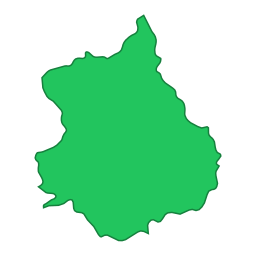 an SVG outline of Eure-et-Loir
{"feature_id": "FRA-5291", "entity_name": "Eure-et-Loir", "entity_type": "Metropolitan department", "adm_level": 1, "iso_a3": "FRA", "parent_name": "France", "parent_adm1": "", "projection": "albers", "projection_center": [1.329, 48.445], "detail": "fine", "context": "isolated", "style": "filled", "palette": "green", "viewbox_px": 256, "rotation_deg": 0, "n_neighbors": 0, "source": "natural_earth", "source_scale": "10m", "svg_char_len": 2857}
<svg xmlns="http://www.w3.org/2000/svg" viewBox="0 0 256 256"><path d="M101.3,236.8L100.3,236.6L98.5,234.6L93.8,226.5L87.5,219.8L83.9,213.9L81.8,212.7L76.7,212.0L74.6,210.6L73.7,208.3L73.2,202.2L72.0,199.9L70.1,199.6L67.9,200.4L63.8,203.5L58.6,205.3L48.9,205.7L43.6,207.7L43.5,205.8L44.1,204.7L45.9,203.8L51.4,199.9L54.4,198.7L55.8,197.1L55.9,195.8L54.9,194.5L53.7,193.7L52.2,193.4L47.5,193.0L45.9,192.5L38.5,186.8L40.4,185.7L41.5,184.8L42.6,183.4L43.0,181.6L42.4,179.2L41.5,177.3L38.9,172.7L38.6,172.1L38.4,171.5L38.3,169.9L38.3,167.9L38.7,165.1L38.6,163.2L38.0,161.7L36.8,160.8L35.8,159.6L35.2,157.9L35.8,155.3L36.6,153.7L37.3,152.8L38.5,152.5L41.1,152.2L43.1,151.7L53.4,147.4L56.7,145.3L61.0,141.0L61.9,139.8L62.8,136.7L63.5,135.2L64.3,133.7L65.6,132.2L66.4,130.7L66.2,128.9L64.6,126.5L63.3,125.0L62.4,123.7L61.8,122.3L61.4,120.2L61.4,118.5L61.5,117.0L61.9,115.4L62.1,115.1L62.2,114.4L62.4,113.3L62.1,111.8L61.3,110.2L53.3,101.2L49.0,98.5L47.0,96.4L44.4,91.5L42.9,87.8L42.0,77.7L46.9,72.4L48.6,71.0L50.5,70.0L64.9,66.0L66.5,65.9L68.0,66.1L69.6,65.9L71.1,65.1L72.5,63.4L73.3,61.7L74.3,60.2L75.6,59.0L77.7,58.3L79.5,58.2L82.6,58.5L82.9,58.4L83.3,58.3L84.3,58.0L85.2,57.2L85.6,55.9L85.5,53.0L86.1,52.1L86.9,51.9L88.7,52.5L92.8,56.2L94.2,56.9L95.7,57.2L97.4,57.2L102.6,56.8L104.2,57.0L105.4,57.6L106.9,58.6L107.1,58.6L107.7,58.5L108.5,58.2L114.8,54.4L118.4,52.8L119.9,51.7L121.4,50.0L122.5,46.9L123.1,44.6L124.1,42.4L125.7,40.2L129.1,37.1L131.6,35.4L135.1,33.7L136.4,32.6L137.5,31.0L137.9,28.8L137.9,27.0L136.6,22.2L137.0,20.4L137.7,19.1L143.7,15.4L151.8,31.5L154.2,34.7L155.3,36.8L156.1,39.9L156.1,42.0L155.8,44.0L155.0,47.4L154.8,48.8L154.7,50.0L154.8,51.0L155.0,53.3L155.4,54.4L156.3,55.8L160.7,58.4L160.8,58.8L160.8,59.6L160.5,61.4L159.8,63.0L157.5,66.0L156.6,67.5L156.2,69.0L156.3,70.4L156.7,71.5L159.1,72.9L160.3,74.1L161.6,78.2L163.0,80.5L165.2,82.9L172.8,88.2L174.7,89.9L175.6,91.9L175.9,95.2L176.5,96.7L177.8,98.3L180.6,99.9L182.3,101.2L183.8,103.5L184.4,105.4L184.7,107.2L184.9,108.8L184.9,110.2L184.7,113.5L184.8,115.1L184.9,115.4L186.3,118.6L188.0,120.6L190.5,122.7L197.8,126.6L201.7,128.0L207.1,126.8L208.4,127.8L208.5,133.2L209.0,135.0L210.4,136.8L211.8,137.9L213.2,139.5L214.4,141.9L215.2,147.2L215.9,150.1L217.3,152.5L220.1,154.0L220.6,154.8L220.8,156.1L218.6,159.3L217.4,160.7L216.6,161.9L216.4,163.2L216.7,164.3L219.1,166.0L216.1,171.1L215.7,173.0L215.9,175.7L217.5,183.4L216.7,186.6L215.6,188.4L213.9,189.3L211.8,189.6L208.7,191.2L207.1,194.6L204.4,202.9L201.9,206.9L199.1,209.6L196.0,210.5L192.3,209.4L189.2,210.0L180.1,214.1L171.8,212.4L167.6,212.9L165.1,214.7L162.5,218.8L160.4,221.4L158.0,222.0L153.3,219.7L150.9,220.2L148.5,222.7L147.6,225.3L148.2,232.7L148.3,233.5L143.9,231.4L140.7,230.9L137.7,232.0L125.6,239.6L122.2,240.6L118.6,240.5L107.4,235.1L104.7,235.2L101.3,236.8Z" fill="#22c55e" stroke="#15803d" stroke-width="1.5"/></svg>